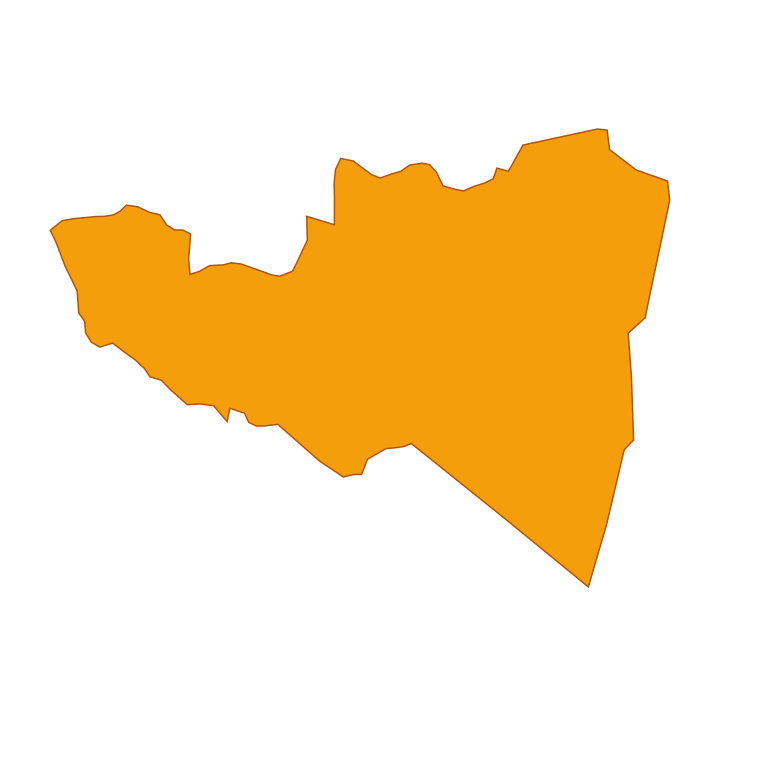 outline of Monte Alegre, Rio Grande do Norte, Brazil, rotated 352°
{"feature_id": "56859067B80124012562494", "entity_name": "Monte Alegre", "entity_type": "district", "adm_level": 2, "iso_a3": "BRA", "parent_name": "Brazil", "parent_adm1": "Rio Grande do Norte", "projection": "equal_earth", "projection_center": [-35.442, -6.114], "detail": "fine", "context": "isolated", "style": "filled", "palette": "amber", "viewbox_px": 768, "rotation_deg": 352, "n_neighbors": 0, "source": "geoboundaries", "source_scale": "gbopen_adm2", "svg_char_len": 1410}
<svg xmlns="http://www.w3.org/2000/svg" viewBox="0 0 768 768"><g transform="rotate(352 384 384)"><path d="M558.1,613.4L584.8,554.2L612.7,482.6L623.4,474.1L630.0,411.6L632.9,367.6L651.8,354.8L660.0,331.7L676.0,287.7L692.5,241.7L693.0,222.5L663.6,207.2L640.0,183.3L640.3,163.6L630.8,161.2L554.9,166.7L536.8,190.7L525.9,185.9L520.7,196.0L511.2,199.1L500.6,200.8L489.6,203.9L482.1,201.4L470.0,196.0L465.5,181.8L459.7,173.1L452.7,170.7L440.1,170.7L430.1,175.8L420.8,177.1L408.7,179.5L400.7,174.8L384.6,158.9L372.5,154.6L365.8,164.9L362.5,178.5L361.0,191.7L357.0,219.4L345.4,214.0L330.8,207.2L328.1,230.9L314.6,251.6L309.1,259.6L296.0,262.7L288.7,260.7L259.5,245.4L249.6,242.7L241.5,243.7L227.7,242.5L216.9,246.8L207.1,248.5L207.9,233.2L213.4,208.6L206.1,203.5L198.1,202.4L190.7,196.0L185.7,185.3L175.4,181.2L164.8,174.2L153.8,171.1L146.3,176.4L139.2,178.9L130.5,179.1L122.2,178.1L109.3,177.5L99.1,177.1L88.0,177.5L75.0,185.3L79.0,198.1L84.5,222.5L93.1,249.1L91.6,271.2L96.3,280.3L95.6,291.8L100.1,302.0L107.7,307.9L121.1,305.7L131.3,316.2L141.2,325.7L149.0,335.4L153.3,344.3L163.9,349.2L172.5,360.8L186.3,377.1L198.9,378.1L212.3,381.8L223.4,399.4L228.0,386.6L241.9,393.6L244.7,403.1L251.7,407.8L259.5,408.9L273.2,409.1L309.5,451.4L330.8,470.4L341.2,469.4L349.2,470.4L357.2,456.2L376.8,448.3L385.4,448.7L394.9,448.7L402.7,446.7L484.5,533.6L558.1,613.4Z" fill="#f59e0b" stroke="#b45309" stroke-width="1.5"/></g></svg>